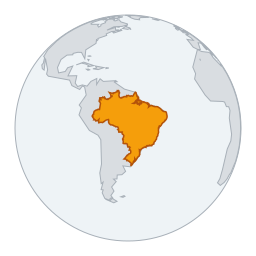 the Earth from above Brazil
{"feature_id": "BRA", "entity_name": "Brazil", "entity_type": "country or territory", "adm_level": 0, "iso_a3": "BRA", "parent_name": "South America", "parent_adm1": "", "projection": "orthographic", "projection_center": [-55.283, -14.242], "detail": "fine", "context": "on_globe", "style": "filled", "palette": "amber", "viewbox_px": 256, "rotation_deg": 0, "n_neighbors": 0, "source": "natural_earth", "source_scale": "50m", "svg_char_len": 10762}
<svg xmlns="http://www.w3.org/2000/svg" viewBox="0 0 256 256"><circle cx="128" cy="128" r="113" fill="#eef3f6" stroke="#a8b0b8"/><path d="M96.0,20.0L97.1,19.7L100.3,18.9L99.6,19.2L102.7,18.3L102.7,18.2L104.1,17.9L106.0,17.5L105.4,17.7L104.4,17.9L105.2,17.8L104.1,18.1L105.7,17.8L104.8,18.3L108.5,17.2L110.1,17.2L108.7,17.7L105.3,18.3L93.6,22.1L91.1,23.4L91.2,24.3L98.8,24.3L97.6,25.7L98.6,27.1L100.9,25.8L100.9,24.4L105.5,22.7L105.0,21.4L106.8,20.7L107.7,19.5L111.4,19.1L114.5,19.5L113.9,20.6L115.3,20.9L119.0,19.6L120.9,21.9L127.4,23.9L127.5,24.8L122.0,26.4L114.1,26.7L107.0,30.1L115.5,27.5L115.6,30.2L117.2,30.7L119.5,30.4L121.0,29.3L121.8,30.4L113.7,33.0L112.8,32.1L115.4,31.2L111.7,31.5L106.2,33.9L106.7,35.4L97.9,38.5L98.1,39.7L96.4,41.3L96.6,39.0L96.0,43.4L85.8,49.8L84.8,58.8L81.5,52.4L77.8,52.3L73.1,53.4L72.8,54.8L67.0,55.1L61.0,59.5L57.5,67.5L58.6,72.9L65.2,71.5L67.7,67.7L72.8,66.0L68.0,75.9L76.8,75.7L75.2,83.1L77.6,86.5L82.3,84.9L87.1,86.1L90.9,81.4L96.8,78.5L96.6,84.5L100.1,78.8L103.3,81.4L115.3,80.7L114.3,82.1L124.4,89.1L135.8,92.4L138.4,97.1L137.0,100.0L141.1,100.9L141.1,102.8L157.7,106.8L166.4,112.5L166.3,119.4L159.4,126.8L153.9,143.9L141.6,149.0L139.0,156.2L130.4,166.8L122.9,165.9L125.6,171.4L121.9,174.7L117.2,175.0L117.0,178.9L113.5,179.1L116.2,181.6L111.6,187.0L114.0,191.1L110.9,195.5L112.7,197.9L111.1,197.9L109.8,199.0L110.0,200.4L104.8,198.4L102.2,192.8L103.2,189.9L101.1,189.6L103.1,182.1L101.2,183.7L99.8,173.0L101.5,164.1L100.8,139.7L98.0,135.2L89.4,130.5L79.0,114.9L81.4,107.9L79.2,105.0L86.2,95.0L84.6,86.9L82.3,86.1L79.7,89.5L71.9,85.6L69.6,80.1L48.3,76.2L46.6,74.1L47.6,69.6L45.5,58.5L44.1,70.1L42.3,68.6L41.8,64.9L43.3,63.2L44.6,57.6L43.7,56.5L47.8,49.8L57.7,40.1L57.3,40.7L59.7,38.7L60.4,37.9L60.3,38.0L66.9,33.4L73.8,29.3L80.9,25.7L88.3,22.6L96.0,20.0ZM83.7,62.1L93.8,65.6L87.5,66.8L88.8,65.8L86.3,64.2L81.6,63.1L76.2,64.9L83.7,62.1ZM89.4,56.3L87.6,56.1L89.4,55.9L89.4,56.3ZM60.0,38.2L58.7,39.4L58.2,39.7L59.3,38.7L60.0,38.2ZM105.6,19.8L106.6,19.6L105.9,19.9L105.6,19.8ZM105.0,19.5L103.5,20.0L103.0,20.0L103.9,19.7L105.0,19.5ZM107.1,19.0L102.3,19.8L101.4,19.8L104.4,18.7L107.1,19.0ZM101.9,18.4L102.0,18.5L100.2,18.9L101.9,18.4ZM116.1,16.0L114.2,16.2L114.4,16.2L116.1,16.0ZM113.8,202.8L105.4,199.2L110.0,200.8L112.2,198.4L117.0,201.3L113.8,202.8ZM120.8,196.8L124.0,195.6L125.0,196.3L123.0,197.3L120.8,196.8ZM215.9,57.6L216.6,58.5L210.9,51.9L209.1,49.9L201.1,42.7L202.9,44.5L210.6,51.7L209.6,50.7L212.1,53.8L209.4,50.7L200.5,43.0L198.1,42.8L200.3,49.5L197.8,49.5L193.2,47.2L187.1,39.4L193.4,40.4L191.4,38.2L185.5,34.4L188.0,35.2L186.4,34.0L188.3,34.4L186.6,32.4L187.9,32.8L182.9,29.7L185.8,31.4L188.6,33.1L189.6,33.7L196.9,38.9L203.7,44.6L210.1,50.9L215.9,57.6ZM187.5,32.3L186.2,31.5L187.5,32.3ZM180.0,28.1L179.3,27.8L174.0,25.2L173.5,25.0L180.0,28.1ZM235.5,161.6L234.0,165.0L230.8,172.9L229.4,174.5L227.1,178.8L224.1,182.5L220.3,185.4L217.5,182.8L219.9,178.6L222.5,169.5L227.3,148.9L230.8,141.0L231.6,134.2L229.3,118.0L230.0,110.5L228.7,106.7L226.4,106.6L224.6,102.1L222.9,101.5L210.6,101.0L205.1,95.0L194.6,79.0L195.6,73.6L192.8,67.1L197.4,49.5L201.6,51.5L209.0,52.4L210.5,53.6L213.3,57.8L221.7,66.5L220.1,63.5L222.5,66.8L226.8,73.8L230.5,81.2L233.6,88.8L236.2,96.6L238.2,104.6L239.6,112.7L240.4,120.9L240.6,129.2L240.2,137.4L239.3,145.6L237.7,153.6L235.5,161.6ZM199.7,58.7L200.5,60.4L200.5,60.5L199.7,58.7ZM115.7,80.6L117.1,81.7L115.1,81.8L115.7,80.6ZM86.4,69.2L88.6,69.1L89.7,69.8L87.9,70.3L86.4,69.2ZM106.1,67.6L108.9,68.0L105.9,68.6L106.1,67.6ZM95.4,66.0L103.9,67.6L98.2,69.6L92.9,68.8L96.7,68.0L95.4,66.0ZM87.8,59.4L89.1,59.6L88.5,60.7L87.8,59.4ZM90.7,56.1L90.2,56.3L89.6,55.6L90.7,56.1ZM116.0,30.1L116.7,29.9L118.9,29.9L117.7,30.4L116.0,30.1ZM129.9,27.9L131.0,29.6L129.4,28.6L127.8,29.4L122.6,28.5L127.3,25.2L126.1,26.7L129.9,27.9ZM116.8,26.8L119.6,27.4L116.3,26.9L116.8,26.8ZM175.6,27.8L177.8,28.6L179.2,29.8L177.5,30.1L175.4,28.4L175.6,27.8ZM180.4,29.7L173.6,26.0L174.4,26.0L175.1,26.6L176.3,26.9L177.8,28.0L185.2,32.0L186.9,33.3L182.9,32.6L183.2,32.0L181.1,31.0L180.4,29.7ZM154.9,19.6L151.9,18.8L157.4,19.5L159.5,20.2L158.0,20.4L154.6,19.6L154.9,19.6ZM113.3,17.2L111.8,17.4L113.3,17.0L113.3,17.2ZM111.8,16.5L110.8,16.7L113.7,16.3L113.1,16.4L115.2,16.1L119.9,16.3L118.4,16.5L122.9,16.8L120.9,17.5L118.0,17.2L119.8,18.1L116.4,18.2L118.0,18.9L111.9,18.1L108.9,18.5L113.0,17.8L115.0,17.1L115.0,16.9L112.7,16.7L107.2,17.4L108.3,17.1L109.6,16.9L111.8,16.5ZM145.1,16.7L146.8,16.9L145.3,16.7L148.6,17.3L145.8,16.8L146.4,17.1L148.8,17.4L140.5,17.6L139.2,18.6L139.6,19.8L134.7,19.2L131.2,17.9L129.0,16.6L131.0,16.0L128.4,16.0L128.6,15.8L130.5,15.8L127.7,15.6L128.3,15.5L126.4,15.4L125.2,15.4L135.2,15.6L145.1,16.7ZM210.1,52.4L210.8,52.9L211.6,53.3L213.2,55.4L210.1,52.4ZM204.1,47.1L204.5,47.1L207.1,49.9L206.3,49.5L204.1,47.1ZM202.4,44.9L204.3,46.9L202.8,45.5L202.4,44.9ZM186.0,31.4L186.1,31.5L187.0,32.0L187.9,32.6L186.0,31.4ZM218.6,61.0L218.2,60.5L217.8,60.0L218.1,60.4L218.6,61.0Z" fill="#d9dde1" stroke="#a8b0b8" stroke-width="1"/><path d="M105.4,98.5L106.4,99.3L106.9,99.3L107.7,98.9L108.0,99.1L107.9,99.4L108.1,99.4L108.8,98.6L110.5,97.7L110.9,96.9L112.0,96.5L112.1,96.0L110.9,95.9L110.9,95.5L110.5,94.6L110.5,93.8L109.7,93.1L109.4,92.6L109.9,92.8L110.6,92.8L110.9,93.2L112.3,93.1L113.0,93.7L113.4,93.6L113.5,92.9L114.1,92.7L114.6,92.8L115.2,92.6L116.3,91.9L116.8,91.9L117.5,91.2L117.3,90.6L117.5,90.6L118.5,90.5L118.8,90.8L118.5,91.8L119.3,92.1L119.3,92.4L119.6,92.9L119.0,93.6L119.1,94.0L118.8,95.3L119.0,95.9L119.2,96.1L119.2,96.8L119.4,97.1L120.2,97.7L121.0,98.1L121.7,97.9L121.7,97.6L122.0,97.3L122.6,97.4L122.7,97.2L123.5,97.1L123.9,96.6L124.4,96.5L124.9,96.7L125.6,96.6L126.7,96.8L126.8,96.4L126.3,96.0L126.7,95.5L127.1,95.7L128.6,95.4L129.2,95.9L130.3,96.3L131.0,95.8L131.5,96.0L131.8,95.9L132.0,96.1L132.6,96.2L133.2,95.7L133.8,94.3L135.3,92.2L135.5,92.2L136.0,92.6L137.0,96.3L137.5,96.9L138.5,97.3L138.6,98.2L137.8,98.8L136.9,100.0L135.9,100.5L135.0,101.8L135.0,102.3L134.6,102.6L134.5,102.9L134.0,102.9L133.1,103.3L134.1,103.5L134.6,103.4L136.6,102.2L136.7,102.4L136.6,102.5L137.0,103.7L137.6,104.2L138.4,103.9L138.9,104.1L139.7,103.8L139.1,105.5L139.4,105.2L139.9,104.1L140.3,104.0L140.9,103.3L141.4,103.6L141.6,103.3L141.4,103.1L141.4,102.7L142.1,101.9L143.1,101.8L143.4,102.0L143.4,101.8L143.7,101.8L144.6,102.1L145.0,102.5L145.7,102.6L146.9,103.3L147.2,103.3L147.5,104.0L148.0,103.5L148.6,104.1L148.8,104.1L149.0,104.7L148.6,105.1L148.7,105.3L149.2,104.9L149.3,105.3L149.0,105.4L148.9,105.7L148.6,106.9L149.2,106.4L149.6,105.5L149.8,105.6L149.6,106.2L150.1,105.8L151.1,105.7L151.2,105.4L152.1,105.6L153.4,106.4L154.1,106.3L154.8,106.7L156.8,106.6L157.7,106.8L160.5,108.6L161.3,109.6L162.1,110.4L162.7,110.7L162.9,111.1L164.0,111.6L165.1,111.6L165.9,111.8L166.4,112.7L167.1,116.1L167.0,117.4L166.7,118.3L166.3,119.2L165.4,120.4L165.1,120.7L164.9,120.6L164.9,120.9L163.8,122.1L162.8,122.7L162.0,123.7L162.0,123.4L161.3,125.1L160.2,126.4L159.7,126.6L159.7,126.2L159.4,125.9L159.1,126.2L159.2,126.5L159.1,127.0L158.7,127.4L158.5,127.8L158.5,128.7L158.6,128.8L158.7,128.7L158.4,129.9L158.6,132.3L157.8,134.8L157.8,135.8L156.8,136.9L156.4,139.4L155.9,139.7L155.1,141.3L154.3,141.9L154.0,142.5L153.8,143.0L153.8,144.0L152.5,144.5L151.9,145.0L152.0,145.4L151.8,145.7L150.1,145.7L149.8,145.2L149.7,145.3L149.7,145.7L148.5,145.8L148.3,145.8L148.9,145.7L148.5,145.5L147.1,145.7L147.1,146.0L145.8,146.7L145.6,147.1L144.7,147.0L143.0,147.8L141.0,149.3L141.0,149.6L140.5,150.0L140.6,149.8L140.2,149.7L140.1,150.1L139.6,149.9L139.7,150.1L140.2,150.4L139.9,150.8L139.7,150.8L139.8,151.0L139.7,151.5L139.7,151.9L139.6,152.5L139.7,153.4L139.5,154.1L139.5,155.1L139.2,156.0L138.3,156.6L137.5,157.5L136.4,159.5L135.3,161.0L133.4,162.6L133.4,162.1L133.7,162.1L134.0,162.0L134.7,161.4L134.9,160.8L135.2,160.7L135.3,160.4L135.8,160.0L135.7,159.5L136.0,159.5L136.0,159.2L135.2,159.4L134.8,158.7L134.8,159.1L135.0,159.3L134.8,160.1L134.6,159.9L134.4,160.7L133.6,161.2L133.2,162.2L133.2,162.7L132.3,164.5L131.1,165.6L130.9,165.5L130.9,164.6L131.6,163.7L130.8,163.1L130.5,162.5L129.8,162.1L129.2,161.4L128.2,161.0L127.5,160.2L127.1,160.5L126.8,160.6L126.7,160.1L125.4,158.8L124.9,158.9L124.7,159.1L124.0,159.0L125.2,157.8L126.9,155.5L127.3,155.5L127.2,155.2L128.3,154.5L128.8,153.9L129.7,153.7L130.5,153.1L130.7,152.7L130.8,151.4L130.5,150.3L130.3,150.1L129.2,150.1L129.5,149.3L129.7,147.3L129.9,147.2L129.2,146.7L128.2,147.1L127.8,147.0L127.3,144.9L127.4,144.5L127.1,143.9L126.2,143.7L125.9,143.4L125.5,143.7L125.0,143.7L123.3,143.5L123.1,143.3L123.3,141.3L122.7,139.7L123.2,139.3L122.7,138.8L123.5,137.5L123.4,137.2L123.9,135.8L123.2,134.5L122.9,134.5L122.2,133.9L122.0,132.9L122.2,132.1L118.8,132.1L118.6,130.5L118.0,129.8L118.5,129.8L118.5,128.8L118.1,128.0L118.2,127.7L118.0,127.2L116.9,126.7L115.6,126.8L114.9,126.1L113.7,125.8L113.1,125.2L112.6,125.2L111.9,124.8L111.5,124.9L110.5,124.8L110.3,124.4L109.4,123.9L109.2,123.5L108.6,122.5L108.7,122.1L108.5,121.1L108.7,120.4L108.5,119.5L106.3,120.0L104.7,121.0L104.2,121.6L103.5,121.7L103.1,122.3L102.5,122.6L101.3,122.3L100.0,122.4L99.3,122.7L98.9,122.5L98.7,122.6L98.6,120.3L98.8,119.5L97.5,120.7L95.8,120.9L95.8,120.5L95.3,119.9L93.8,119.8L94.2,119.2L93.1,117.8L92.6,117.0L92.7,116.7L92.2,116.3L92.2,116.0L92.7,115.8L92.5,115.4L92.6,115.0L93.7,114.1L93.5,113.4L93.9,112.4L94.1,111.4L96.0,110.1L97.6,109.7L97.9,109.3L98.7,109.2L99.0,109.5L99.5,109.5L100.5,103.4L100.1,102.6L100.1,102.1L99.2,101.5L99.3,100.1L100.4,99.7L101.0,99.8L101.0,99.5L100.7,99.1L99.7,99.2L99.7,97.9L100.3,97.8L102.9,97.7L102.7,97.5L102.8,97.2L103.3,97.6L104.4,96.9L104.9,97.6L105.0,98.6L105.4,98.5ZM139.1,100.9L140.1,100.8L141.5,101.1L141.2,102.2L140.6,102.8L140.6,103.1L140.2,103.3L140.0,103.1L139.9,103.5L139.3,103.3L139.2,103.7L138.7,103.8L138.2,103.7L137.4,103.8L136.9,102.7L137.2,102.5L137.0,102.4L136.8,102.1L137.1,100.9L137.9,100.6L139.1,100.9ZM135.9,102.3L134.6,103.1L135.1,102.4L135.1,102.0L135.3,101.6L135.9,101.4L136.1,101.6L135.9,102.3ZM137.8,100.0L139.0,100.0L138.5,100.5L137.7,100.3L137.8,100.0ZM137.7,99.9L137.5,100.4L137.1,100.3L137.6,99.3L137.7,99.9ZM139.5,100.6L138.9,100.7L138.7,100.6L139.3,100.3L139.6,100.4L139.5,100.6ZM137.1,100.6L136.6,101.0L136.3,100.8L136.4,100.6L136.7,100.5L137.1,100.5L137.1,100.6ZM138.1,99.7L137.9,99.7L137.8,99.4L138.3,99.2L138.1,99.7ZM137.8,96.7L137.5,96.8L137.4,96.3L137.7,96.3L137.8,96.7ZM140.0,153.8L139.7,154.6L139.7,154.1L140.0,153.8ZM145.9,146.9L145.9,147.4L145.6,147.3L145.9,146.9ZM139.8,151.9L139.6,151.7L139.9,151.5L139.8,151.9ZM149.0,106.4L148.9,106.6L148.9,106.1L149.1,106.0L149.0,106.4ZM159.5,126.7L159.2,126.8L159.4,126.5L159.5,126.7ZM148.0,145.9L147.7,146.0L147.6,145.9L147.8,145.8L148.0,145.9ZM158.9,127.4L158.7,127.7L158.9,127.4ZM148.3,103.3L148.2,103.4L148.1,103.2L148.3,103.3Z" fill="#f59e0b" stroke="#b45309" stroke-width="1.5"/></svg>